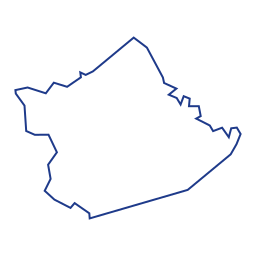 outline of Bourbon, Kentucky, United States of America
{"feature_id": "52423323B16131494513881", "entity_name": "Bourbon", "entity_type": "district", "adm_level": 2, "iso_a3": "USA", "parent_name": "United States of America", "parent_adm1": "Kentucky", "projection": "natural_earth1", "projection_center": [-84.211, 38.219], "detail": "fine", "context": "isolated", "style": "outline", "palette": "blue", "viewbox_px": 256, "rotation_deg": 0, "n_neighbors": 0, "source": "geoboundaries", "source_scale": "gbopen_adm2", "svg_char_len": 660}
<svg xmlns="http://www.w3.org/2000/svg" viewBox="0 0 256 256"><path d="M34.8,134.8L48.5,134.7L56.9,152.3L48.1,164.7L50.6,178.9L44.7,190.8L54.4,199.6L70.5,207.9L74.6,203.1L89.3,213.3L89.7,218.4L187.7,189.9L230.7,154.3L236.5,144.2L240.6,134.0L236.8,127.6L231.2,128.3L228.8,137.2L222.1,127.7L213.1,131.1L209.8,125.5L196.2,118.6L200.7,116.1L198.8,106.2L189.0,106.2L189.7,98.6L183.7,96.2L180.6,104.5L176.7,98.0L168.8,94.7L176.4,88.6L164.1,83.0L162.9,77.5L146.9,47.6L133.7,37.6L92.9,71.4L85.7,74.9L80.3,72.4L80.9,77.3L67.1,86.8L53.8,82.7L45.8,93.3L27.6,87.5L15.4,90.1L15.8,93.6L24.5,105.6L26.2,131.0L34.8,134.8Z" fill="none" stroke="#1e3a8a" stroke-width="2"/></svg>